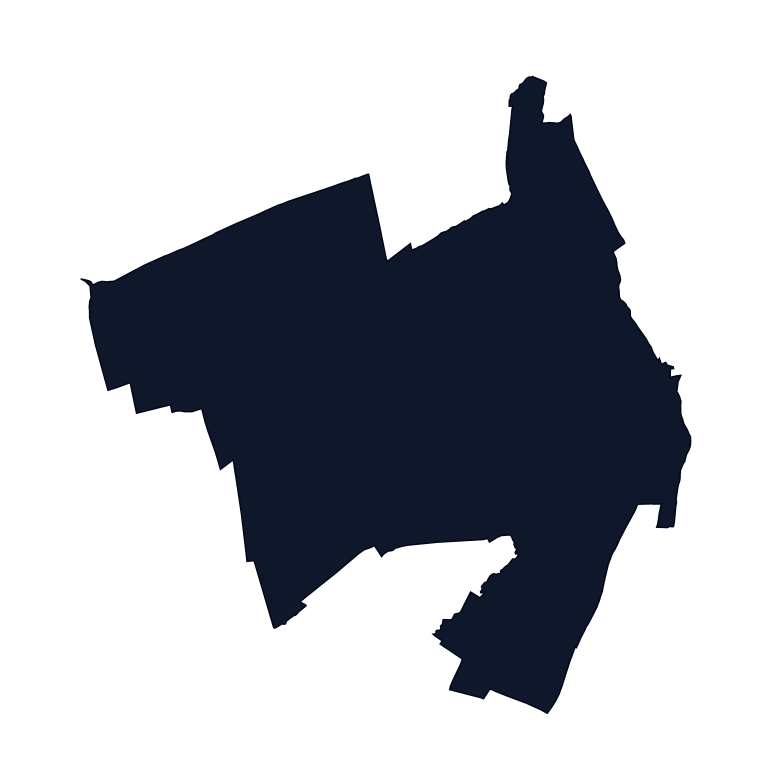 Oras Targu Frumos, Iasi, Romania (Natural Earth projection), rotated 274°
{"feature_id": "2599482B18034592271284", "entity_name": "Oras Targu Frumos", "entity_type": "district", "adm_level": 2, "iso_a3": "ROU", "parent_name": "Romania", "parent_adm1": "Iasi", "projection": "natural_earth1", "projection_center": [27.003, 47.228], "detail": "fine", "context": "isolated", "style": "filled", "palette": "ink", "viewbox_px": 768, "rotation_deg": 274, "n_neighbors": 0, "source": "geoboundaries", "source_scale": "gbopen_adm2", "svg_char_len": 6138}
<svg xmlns="http://www.w3.org/2000/svg" viewBox="0 0 768 768"><g transform="rotate(274 384 384)"><path d="M128.5,458.2L115.1,481.5L109.4,479.8L93.9,473.7L87.4,471.4L83.7,470.9L77.8,502.7L77.0,505.2L87.3,511.0L84.7,518.2L81.0,529.9L75.6,548.2L70.0,563.2L66.9,569.8L73.5,573.9L80.1,577.4L86.5,580.1L95.8,582.8L106.9,585.4L119.5,588.5L134.7,592.9L134.4,594.4L135.4,594.6L139.4,596.2L144.3,597.9L153.1,601.7L155.0,602.2L160.1,605.0L177.0,612.2L178.7,612.5L182.7,613.8L186.8,614.7L192.8,616.3L194.7,616.4L204.0,617.7L218.3,620.0L221.7,620.8L225.3,622.0L230.1,623.3L232.9,624.6L235.0,625.8L239.7,627.8L245.9,630.0L255.2,634.0L275.7,643.4L281.1,645.1L281.5,645.7L281.9,646.7L283.2,659.8L283.0,660.9L283.7,669.0L274.6,667.7L268.8,667.4L263.3,666.8L260.2,666.0L260.6,676.9L261.8,678.6L261.8,682.4L262.1,682.7L266.0,683.2L283.0,683.6L285.5,684.0L287.6,683.8L288.7,683.5L291.9,683.6L298.1,684.0L302.3,684.4L305.0,684.9L307.0,685.5L310.2,685.9L314.7,685.7L318.4,685.7L322.3,686.9L325.4,688.1L327.0,689.0L328.1,689.5L333.8,690.4L335.6,691.0L339.8,692.9L343.0,693.7L345.4,693.9L347.8,693.9L352.9,693.4L355.0,691.9L359.3,689.8L365.7,685.6L369.4,684.4L373.4,682.6L376.0,682.0L383.9,681.3L387.3,681.4L392.4,679.5L397.0,676.6L406.9,677.2L413.3,679.5L412.5,675.4L411.0,670.4L409.9,669.1L419.0,668.6L419.3,670.8L419.6,671.8L421.2,671.4L422.6,665.1L425.2,663.6L425.2,663.4L422.9,659.4L428.6,656.9L426.2,655.9L430.5,652.7L432.2,651.8L432.3,651.3L435.4,649.7L439.3,648.0L441.0,646.6L443.0,645.0L447.2,642.4L459.5,632.3L460.9,631.5L462.1,630.6L466.9,626.1L468.8,625.1L470.1,624.8L471.7,624.8L473.6,624.6L475.4,623.9L476.5,622.8L477.6,621.4L480.9,619.4L482.0,618.1L482.9,617.0L484.1,614.7L485.1,613.8L486.9,612.9L490.0,612.3L492.7,612.1L496.5,611.3L498.3,611.2L500.1,611.4L501.8,612.2L503.7,612.6L505.2,612.5L508.8,611.6L514.3,609.1L518.7,608.0L520.9,607.8L525.6,606.6L528.4,605.0L531.7,603.3L533.1,604.6L535.0,606.7L541.3,614.4L544.4,612.9L546.8,610.7L549.1,608.7L551.2,607.3L556.4,604.3L557.8,603.4L560.5,602.1L565.8,599.4L574.4,594.3L577.0,592.5L583.1,588.7L591.2,584.0L607.1,575.0L609.7,573.9L619.0,568.4L622.0,566.9L629.8,562.3L633.4,560.5L639.3,557.1L640.8,556.4L641.9,556.1L663.8,551.9L664.6,551.8L665.8,551.0L664.5,549.9L663.0,548.2L660.6,545.0L658.1,542.9L657.4,542.0L656.7,540.5L656.2,538.7L656.2,537.3L656.3,535.3L656.2,529.8L655.8,528.5L655.4,524.9L655.2,523.6L657.0,523.5L661.3,524.4L662.9,524.3L665.2,523.1L666.3,522.2L667.8,521.9L674.8,523.2L677.9,523.3L679.8,523.2L681.6,522.7L682.5,522.8L683.7,523.4L684.7,523.7L688.4,523.8L695.7,525.0L697.2,522.5L701.1,510.5L700.0,509.2L700.1,508.6L700.5,508.0L699.7,506.2L698.6,504.9L696.4,503.2L694.7,502.4L692.8,500.3L692.3,498.9L690.3,498.1L689.5,498.4L685.9,496.8L686.5,496.1L683.3,493.4L682.2,491.1L681.1,490.3L678.7,489.9L675.9,490.0L676.0,489.3L674.1,489.3L669.9,489.5L670.1,493.2L667.4,492.6L642.1,491.9L635.5,491.4L624.5,491.2L624.5,490.6L613.8,490.5L607.9,491.1L595.6,493.7L591.8,494.9L592.2,495.6L589.3,496.1L586.5,496.1L582.7,498.3L576.6,496.6L574.0,495.2L572.8,493.9L570.8,491.1L572.8,489.4L569.8,486.8L569.0,484.6L566.9,480.3L566.0,478.1L566.2,476.5L563.7,472.3L563.3,470.6L559.2,464.1L558.0,461.5L556.7,460.4L556.2,459.8L554.6,458.3L551.5,453.2L552.2,452.7L548.0,447.5L546.5,445.2L545.8,443.8L545.5,442.2L545.1,441.0L544.5,440.1L542.7,438.4L541.0,436.3L539.0,431.4L538.3,430.2L536.0,428.2L534.6,426.6L531.6,422.6L525.0,413.2L524.2,411.7L523.8,410.3L523.1,408.9L521.9,407.5L519.4,402.4L525.8,400.5L506.6,378.8L509.2,377.4L542.2,368.3L583.5,356.4L591.6,354.2L592.3,353.6L587.9,344.1L587.1,342.0L587.1,340.7L585.8,338.6L583.8,334.2L581.9,329.2L576.8,317.7L559.2,275.2L557.2,271.4L555.3,267.0L554.8,265.4L553.7,263.8L552.9,262.0L545.1,247.8L536.9,231.9L534.6,227.2L522.9,205.6L522.2,204.5L520.9,203.1L516.7,195.3L507.5,179.0L505.6,175.5L504.1,172.2L503.3,170.3L497.2,158.6L496.3,156.3L485.5,136.2L467.7,107.7L466.4,99.7L466.6,98.1L466.6,95.1L465.2,91.4L462.4,86.6L464.8,85.0L465.5,84.3L466.1,83.2L466.8,80.0L467.7,74.1L465.8,78.7L461.4,83.9L449.8,85.8L445.9,84.7L440.3,84.6L436.6,85.2L429.1,85.8L403.1,93.4L358.5,109.1L361.7,117.4L367.7,130.7L337.6,139.2L348.4,172.4L340.9,174.6L342.4,178.3L343.0,182.3L342.5,187.2L343.0,194.3L346.8,203.9L334.0,208.1L325.2,211.5L305.4,220.1L297.7,223.1L287.4,226.8L296.2,236.9L297.7,238.8L295.8,239.4L293.2,240.0L289.3,240.8L275.5,244.0L243.7,251.0L206.0,258.2L197.5,259.7L198.8,266.7L133.5,290.9L132.9,291.6L133.2,292.6L134.9,295.2L137.2,298.4L137.5,299.0L137.5,301.6L137.7,302.1L138.2,302.5L140.8,303.3L143.9,306.7L146.0,309.3L146.8,310.5L147.2,311.7L148.2,312.8L150.4,314.5L151.7,315.7L153.5,317.7L157.2,321.5L157.7,321.7L158.5,320.4L159.3,318.4L160.1,316.8L161.2,315.6L177.1,332.7L193.0,350.0L213.4,370.9L216.5,374.8L217.6,376.3L220.0,382.2L222.2,385.7L211.7,393.7L213.9,395.1L216.6,398.3L217.1,399.1L217.6,400.0L218.0,401.1L218.2,402.9L218.6,404.0L219.5,405.3L220.8,406.2L223.2,412.7L224.9,418.9L229.9,448.2L235.9,494.5L237.3,498.1L233.7,500.2L239.3,508.2L241.1,511.9L242.2,520.1L240.6,522.0L238.0,523.1L236.1,524.3L235.2,525.3L234.4,525.0L233.0,524.8L231.8,525.6L230.0,526.2L229.7,527.1L228.7,527.7L227.2,527.6L225.4,526.7L224.1,526.8L223.6,527.1L223.6,527.6L225.0,528.7L225.1,529.2L224.7,529.5L223.6,529.6L221.6,529.4L220.6,528.8L219.3,527.8L218.4,526.8L218.5,525.7L218.3,524.5L215.8,522.8L214.3,522.0L213.2,520.9L212.3,520.4L211.6,519.8L210.8,518.5L209.5,517.0L208.1,516.1L205.8,513.4L204.4,513.6L203.4,513.6L202.9,512.3L202.5,510.4L201.8,509.4L201.9,508.6L202.4,507.6L202.3,506.5L201.5,505.0L200.0,503.3L196.6,501.5L194.5,500.8L193.8,500.1L192.6,498.0L192.0,497.5L190.7,496.9L189.4,495.8L188.5,495.4L187.4,495.9L186.7,496.4L186.1,496.3L183.6,494.8L182.7,495.0L182.4,495.2L182.5,496.2L183.6,497.3L183.4,497.9L182.3,498.0L181.4,497.8L178.8,495.7L177.3,494.9L182.5,484.9L162.8,476.7L161.0,475.6L160.1,473.2L159.6,471.2L159.2,470.6L158.0,469.8L157.7,469.9L155.2,468.9L153.6,467.7L153.3,466.8L153.2,461.1L153.0,459.5L147.8,459.0L147.6,458.3L146.5,457.3L144.2,457.9L142.6,457.1L142.1,456.4L142.0,454.3L141.2,453.2L139.3,453.1L138.2,452.3L137.9,450.5L136.3,452.4L131.8,460.1L130.4,459.2L128.5,458.2Z" fill="#0f172a" stroke="#020617" stroke-width="1.5"/></g></svg>